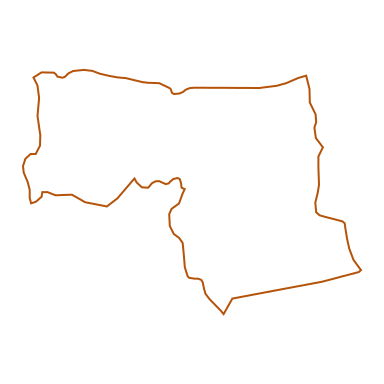 Quamishli, Hasaka (Al Haksa), Syria (Mercator projection)
{"feature_id": "27442178B53577550578456", "entity_name": "Quamishli", "entity_type": "district", "adm_level": 2, "iso_a3": "SYR", "parent_name": "Syria", "parent_adm1": "Hasaka (Al Haksa)", "projection": "mercator", "projection_center": [41.203, 36.804], "detail": "fine", "context": "isolated", "style": "outline", "palette": "amber", "viewbox_px": 384, "rotation_deg": 0, "n_neighbors": 0, "source": "geoboundaries", "source_scale": "gbopen_adm2", "svg_char_len": 2618}
<svg xmlns="http://www.w3.org/2000/svg" viewBox="0 0 384 384"><path d="M223.6,314.1L230.2,302.4L230.4,302.0L232.2,298.9L232.3,298.6L245.5,296.1L274.6,290.6L321.1,281.9L321.5,281.8L321.8,281.8L328.7,280.0L338.6,277.4L339.1,277.2L357.5,272.4L358.7,272.1L361.0,270.1L360.6,269.6L353.5,259.9L349.2,248.5L347.1,238.9L345.3,227.9L344.7,223.3L342.5,221.4L332.4,218.7L326.3,217.2L319.6,215.3L316.2,212.3L315.3,202.7L317.8,192.4L319.0,184.8L318.4,167.2L318.4,156.5L322.9,147.3L315.9,138.1L314.4,127.8L316.2,122.1L315.6,114.4L309.8,102.5L309.5,89.1L306.2,75.7L301.6,77.0L298.6,77.9L298.3,78.0L297.5,78.3L286.4,83.1L281.7,84.4L280.4,84.8L276.8,85.8L276.6,85.8L274.6,86.1L272.6,86.3L263.1,87.5L259.5,88.0L234.4,87.9L231.9,87.9L225.0,87.8L220.0,87.8L218.4,87.8L213.1,87.8L194.4,87.7L189.8,88.1L189.7,88.1L187.8,88.9L185.7,89.7L183.5,91.6L183.1,91.9L179.5,93.5L178.8,93.6L178.7,93.6L178.4,93.6L175.5,93.9L173.9,94.0L172.1,92.8L171.9,92.7L171.6,91.7L170.7,89.1L170.4,88.9L169.6,88.1L163.7,85.3L159.1,83.1L158.1,83.1L156.8,83.1L155.7,83.0L148.1,82.8L147.8,82.8L147.1,82.7L144.3,82.3L144.2,82.3L143.7,82.3L143.7,82.2L142.4,82.1L140.8,81.7L133.5,80.0L133.2,79.9L128.3,78.7L125.8,78.1L117.5,77.4L108.7,75.8L107.9,75.6L99.4,73.6L98.3,73.1L97.1,72.7L96.9,72.6L93.9,71.5L92.6,70.9L91.0,70.7L89.6,70.6L88.3,70.4L83.8,69.9L73.2,71.0L68.5,73.3L64.7,77.0L63.6,77.3L62.4,77.7L59.3,77.0L58.8,76.9L58.7,76.9L58.4,76.8L57.4,76.6L56.5,75.2L55.7,74.1L54.7,73.3L54.0,72.7L51.8,72.6L47.3,72.5L42.9,72.4L41.6,72.4L40.7,72.9L36.5,75.6L34.4,76.9L33.5,77.5L36.8,84.1L37.5,85.6L37.9,88.8L39.1,98.0L38.0,110.3L37.5,116.1L38.4,122.1L40.3,135.3L40.0,145.7L38.1,149.3L35.7,154.0L30.6,154.0L25.3,158.9L24.3,162.2L23.0,166.0L23.7,172.6L27.6,181.8L29.7,189.8L29.7,197.9L30.9,202.6L31.1,203.3L35.2,202.0L35.7,201.9L38.7,199.3L41.6,196.7L42.3,192.1L47.4,192.1L55.6,195.3L62.9,195.0L71.9,194.7L81.3,200.0L85.0,202.2L106.6,206.4L106.8,206.5L117.4,198.4L130.9,182.6L134.5,178.5L136.6,182.4L141.9,187.3L147.6,187.7L148.1,187.7L149.9,185.7L152.0,183.2L155.1,181.5L156.8,181.2L159.5,181.2L161.3,182.2L165.8,184.1L168.6,183.4L170.1,181.7L171.6,180.5L172.2,180.0L173.2,179.0L174.9,178.7L177.3,178.0L178.8,178.5L179.9,179.3L180.0,179.9L181.1,183.4L181.4,186.5L181.6,187.7L184.7,189.1L182.3,194.3L181.0,198.0L179.0,203.5L174.0,207.1L171.6,208.8L169.2,214.2L169.8,226.0L172.9,232.2L173.8,234.0L175.3,235.1L179.0,237.8L180.5,239.9L182.6,242.8L182.9,245.3L183.8,254.6L184.8,267.1L187.5,275.9L189.0,277.8L194.8,278.7L198.0,278.7L201.3,279.9L202.8,282.5L203.9,288.2L205.5,293.8L209.5,299.1L220.9,310.8L223.6,314.1L223.6,314.1Z" fill="none" stroke="#b45309" stroke-width="2"/></svg>